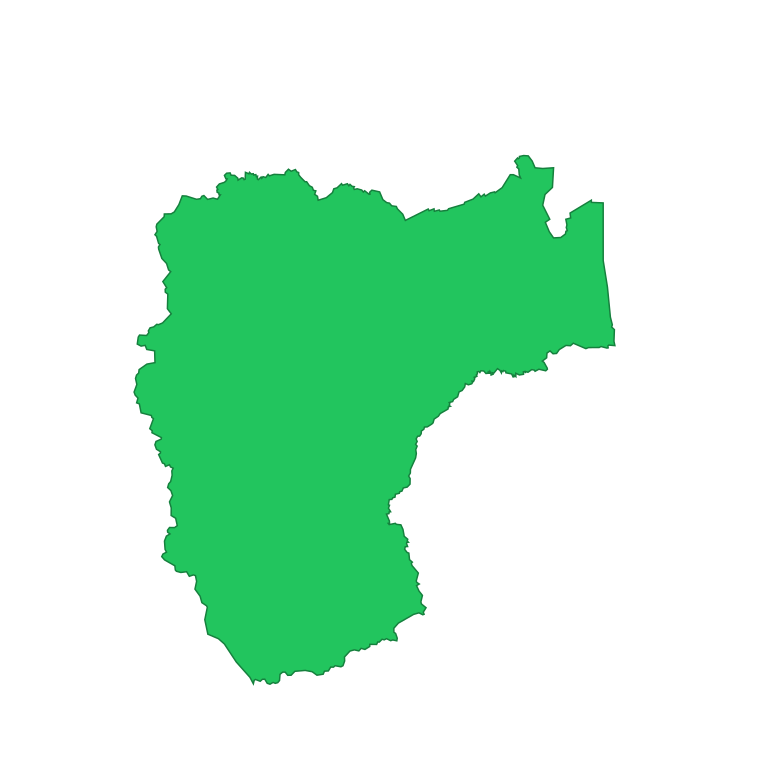 Pak Tho, Ratchaburi, Thailand, rotated 340°
{"feature_id": "78962969B58694700043787", "entity_name": "Pak Tho", "entity_type": "district", "adm_level": 2, "iso_a3": "THA", "parent_name": "Thailand", "parent_adm1": "Ratchaburi", "projection": "robinson", "projection_center": [99.695, 13.356], "detail": "fine", "context": "isolated", "style": "filled", "palette": "green", "viewbox_px": 768, "rotation_deg": 340, "n_neighbors": 0, "source": "geoboundaries", "source_scale": "gbopen_adm2", "svg_char_len": 6159}
<svg xmlns="http://www.w3.org/2000/svg" viewBox="0 0 768 768"><g transform="rotate(340 384 384)"><path d="M651.9,288.8L641.0,284.3L641.7,282.2L617.3,287.0L616.2,291.8L611.2,291.4L610.3,297.1L608.8,299.3L608.7,302.6L607.2,302.7L605.8,305.1L600.2,306.8L593.3,304.7L591.4,297.5L590.9,287.2L596.1,285.9L594.3,270.3L600.1,261.0L609.5,256.9L617.3,238.8L606.9,235.8L599.9,232.5L599.5,225.2L597.6,219.0L593.4,217.1L589.1,216.5L588.6,217.8L587.2,218.2L586.8,217.3L583.0,219.3L584.3,224.5L583.0,225.7L584.2,228.0L582.6,233.9L582.8,237.1L577.2,231.6L574.2,230.5L562.2,239.9L553.8,242.3L553.6,241.3L549.3,240.8L543.5,242.1L543.1,239.9L539.1,241.3L538.1,237.7L530.9,240.7L522.0,240.9L520.8,242.4L504.7,241.4L503.0,242.5L495.7,240.8L495.5,239.4L490.4,238.9L490.9,236.5L485.6,236.6L485.4,234.7L460.0,237.6L459.7,230.9L456.5,224.0L456.3,221.4L452.2,219.2L451.0,215.9L448.6,214.5L446.0,210.4L445.6,202.0L438.9,197.7L436.1,198.9L435.8,200.8L434.9,200.7L431.9,195.8L430.2,196.5L429.4,194.1L425.6,191.4L422.6,191.0L422.5,189.4L423.6,188.4L421.6,187.3L420.3,184.8L418.8,185.7L418.1,183.3L413.0,183.0L412.6,181.2L407.0,183.6L403.6,183.4L401.1,186.5L393.5,189.2L385.0,188.8L385.7,184.8L383.7,182.1L386.0,179.2L383.9,177.8L383.9,174.6L381.7,172.1L380.5,167.5L379.0,167.0L376.4,161.3L375.4,158.3L376.1,156.1L374.6,154.8L374.1,152.2L369.5,152.3L367.7,149.5L363.7,151.4L362.3,153.5L352.4,149.4L347.5,149.2L346.8,147.4L343.5,149.5L341.2,147.8L339.5,148.9L339.3,147.5L335.7,149.0L335.1,148.1L336.2,145.5L335.0,145.6L335.2,143.4L333.0,143.0L333.1,141.7L331.1,141.3L330.0,139.1L329.0,140.3L326.2,137.7L323.6,144.1L322.4,144.1L322.1,142.3L320.7,141.6L316.6,142.5L317.0,140.6L315.0,136.9L311.7,135.5L311.6,133.0L308.2,132.1L305.4,133.4L305.6,137.1L306.7,137.6L305.1,139.0L303.0,139.9L297.7,139.7L294.0,141.7L294.4,144.4L293.3,144.6L292.8,146.8L294.1,148.1L293.7,149.8L294.9,150.3L290.7,153.4L287.0,150.8L281.4,150.2L279.2,145.3L277.0,145.3L274.9,147.1L271.0,146.3L262.4,139.7L258.8,138.2L252.6,145.3L245.8,150.6L242.2,151.3L235.7,149.1L234.7,151.6L225.2,156.1L223.7,158.4L223.0,163.0L219.8,165.4L220.8,167.4L220.3,174.8L221.2,176.3L218.9,178.1L218.4,180.2L218.2,190.1L220.9,196.4L220.6,203.1L222.0,205.5L211.2,212.1L212.7,219.2L210.8,220.1L209.9,222.9L211.6,225.6L206.2,239.2L208.1,245.3L196.8,250.9L192.4,251.1L190.9,250.2L187.1,251.6L183.4,251.2L180.7,253.5L180.6,255.3L177.5,257.2L171.0,254.4L169.1,255.9L165.8,262.1L168.7,265.3L172.8,266.0L172.9,270.4L179.8,274.4L176.1,285.6L168.0,284.2L158.8,286.7L157.2,289.8L154.5,291.0L152.4,293.8L151.6,299.9L146.4,306.1L146.4,309.4L148.0,313.1L145.1,317.1L147.3,319.0L145.9,328.0L154.6,334.0L154.4,336.0L155.5,337.7L148.6,345.9L150.2,348.6L149.3,350.4L156.5,358.2L155.8,359.6L150.1,360.0L147.9,362.8L147.9,367.5L150.8,371.2L150.3,372.4L148.1,373.2L148.8,382.5L150.4,383.9L150.5,386.7L154.8,386.5L155.0,388.9L157.1,391.0L154.9,393.1L153.7,397.3L150.2,402.6L147.5,404.2L145.3,407.3L147.3,411.3L147.2,416.5L142.1,421.4L141.7,427.6L139.0,434.8L142.3,438.9L141.3,446.4L138.1,447.3L133.4,445.5L130.5,447.4L130.0,449.2L131.6,451.7L127.5,452.5L124.0,456.5L121.7,464.6L122.1,467.6L118.1,468.2L116.1,470.2L117.6,474.2L125.3,483.3L124.3,487.4L124.9,489.0L128.6,491.6L134.3,492.9L135.3,498.1L139.6,498.2L141.3,499.6L140.4,505.4L136.2,512.1L138.6,520.5L138.1,527.2L141.4,531.7L141.6,533.4L135.0,544.2L132.9,558.9L141.3,566.7L145.1,573.7L150.1,594.7L157.7,613.8L158.7,621.0L160.7,618.0L162.2,617.7L166.0,621.0L168.7,619.9L171.0,620.6L171.9,625.3L174.2,627.1L177.7,626.5L179.5,628.1L182.0,628.3L184.4,626.9L187.0,621.2L190.3,620.1L192.6,621.0L193.9,624.8L197.1,625.9L202.0,623.5L212.0,626.2L218.1,629.8L221.4,634.7L227.6,635.9L229.8,633.5L233.6,634.6L237.1,631.8L239.7,632.8L241.7,632.0L246.8,635.0L249.1,634.7L252.3,630.8L253.5,627.0L260.7,623.3L265.2,623.7L269.1,626.2L272.1,624.6L275.3,626.9L280.8,625.8L281.6,623.8L288.0,626.2L289.8,624.3L291.3,624.9L294.9,623.2L296.7,624.5L299.3,624.2L302.5,627.5L304.7,627.5L308.2,629.7L309.5,627.4L309.6,622.4L308.4,620.6L309.7,616.9L315.7,613.6L333.0,610.6L338.6,611.0L341.5,614.1L342.9,614.1L342.9,611.8L347.0,608.6L344.0,603.6L344.1,601.4L347.8,595.8L346.1,590.6L345.6,584.6L348.7,584.0L346.9,581.6L347.0,580.0L351.6,573.4L348.2,564.1L348.4,561.7L349.7,561.1L347.9,557.8L349.5,551.4L348.1,550.2L346.9,546.4L348.3,544.2L350.6,544.8L350.6,541.6L351.2,540.7L352.8,541.0L352.1,539.5L353.2,538.0L350.9,534.0L352.1,527.1L351.7,522.1L347.6,520.1L347.0,518.8L340.8,517.9L340.3,516.4L341.6,516.7L342.2,514.6L341.8,507.1L344.3,507.5L345.1,506.0L346.5,506.3L345.7,502.2L347.7,499.8L346.8,499.0L349.4,494.4L351.9,495.1L353.4,493.9L355.6,494.1L357.0,491.5L361.0,491.9L362.0,490.6L364.2,490.8L366.6,488.3L370.6,488.8L374.2,487.0L376.2,481.8L375.7,478.9L378.3,476.7L379.7,473.2L388.4,464.3L390.6,460.4L391.4,456.5L393.9,453.7L393.1,451.4L395.5,449.4L395.4,446.6L397.7,444.6L399.7,445.1L401.9,443.5L403.1,440.9L405.9,440.2L407.3,438.3L410.1,439.1L415.2,438.0L416.8,437.3L419.1,434.1L424.0,432.9L426.7,431.0L435.6,429.4L436.6,427.5L438.7,427.6L437.9,426.6L439.1,425.0L438.9,423.7L442.5,424.0L444.1,422.3L448.8,421.2L451.8,417.1L455.2,416.8L458.8,414.4L460.6,411.4L463.0,413.6L466.5,413.8L467.9,412.7L467.7,411.5L469.1,412.1L471.0,410.2L471.1,407.9L471.5,408.9L474.1,408.4L473.8,407.1L475.2,406.4L475.8,404.5L477.4,404.7L478.0,406.0L479.6,404.7L482.2,405.9L483.4,409.0L485.1,409.4L486.2,408.1L486.8,409.3L487.8,408.2L488.0,409.6L486.8,410.0L488.1,410.5L487.7,412.2L489.9,412.1L489.8,410.5L491.0,411.3L495.9,408.4L497.6,410.8L498.1,413.7L499.1,412.0L500.0,413.0L500.8,412.2L502.7,413.6L502.4,415.2L507.4,418.2L507.7,421.5L508.6,421.7L509.2,420.2L510.4,422.2L511.5,419.0L514.3,421.8L518.4,422.6L519.1,420.2L520.6,420.4L520.6,422.1L521.3,420.7L523.3,422.2L527.8,421.0L530.1,422.5L530.3,423.7L534.6,423.1L540.5,426.9L542.6,426.0L542.8,424.8L541.8,418.5L540.6,416.6L545.8,415.0L547.7,410.7L551.3,409.7L553.2,413.4L556.6,414.3L560.5,411.6L568.2,410.0L572.3,411.8L575.8,410.4L585.8,419.8L588.6,419.7L598.7,423.3L600.7,423.0L605.8,426.5L607.0,426.7L607.4,424.8L608.5,424.3L614.1,426.9L614.7,422.5L619.1,411.7L617.4,408.3L618.8,406.5L619.6,398.6L627.1,369.4L632.2,343.0L651.9,288.8Z" fill="#22c55e" stroke="#15803d" stroke-width="1.5"/></g></svg>